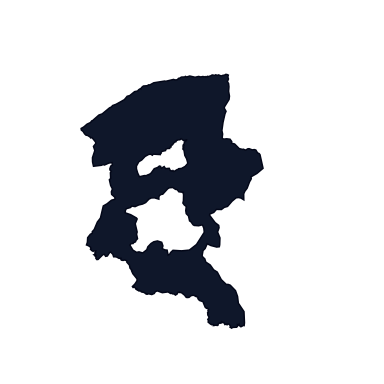 outline of Minahasa, Sulawesi Utara, Indonesia, rotated 220°
{"feature_id": "22746128B63895215577583", "entity_name": "Minahasa", "entity_type": "district", "adm_level": 2, "iso_a3": "IDN", "parent_name": "Indonesia", "parent_adm1": "Sulawesi Utara", "projection": "albers", "projection_center": [124.81, 1.242], "detail": "fine", "context": "isolated", "style": "filled", "palette": "ink", "viewbox_px": 384, "rotation_deg": 220, "n_neighbors": 0, "source": "geoboundaries", "source_scale": "gbopen_adm2", "svg_char_len": 6047}
<svg xmlns="http://www.w3.org/2000/svg" viewBox="0 0 384 384"><g transform="rotate(220 192 192)"><path d="M176.9,81.3L175.9,81.0L175.6,81.7L175.4,81.4L174.9,82.0L173.7,82.1L172.7,81.6L172.3,82.1L172.2,81.6L170.2,81.8L170.3,81.4L170.1,82.1L169.0,82.1L169.0,82.6L167.1,83.2L166.6,82.9L164.2,84.2L162.0,84.4L161.2,85.2L160.9,84.8L162.2,84.1L160.8,84.7L159.7,86.2L156.9,87.6L155.7,90.0L156.0,92.0L155.1,93.9L150.0,95.8L146.2,100.0L143.8,100.5L143.6,99.7L143.7,100.5L142.9,100.7L142.8,101.3L141.1,101.6L140.4,102.3L138.4,102.4L137.8,104.3L138.1,105.2L137.6,105.3L138.1,105.2L138.2,106.2L137.3,107.3L137.0,107.0L135.5,108.1L131.3,108.2L129.0,107.6L128.0,107.9L126.6,109.3L126.4,110.2L127.1,110.4L126.4,110.3L126.3,111.5L125.1,113.3L124.2,114.0L121.8,114.5L122.0,114.9L119.7,115.1L118.9,114.1L116.6,113.7L113.2,115.0L112.1,114.8L112.0,115.3L112.0,114.4L107.8,112.2L106.1,112.2L105.6,112.9L103.8,112.7L103.7,111.6L102.7,110.8L102.5,109.9L102.1,110.1L101.8,108.9L100.6,107.8L98.4,107.1L97.9,104.4L96.9,104.2L96.0,102.7L93.0,102.7L91.6,103.0L90.3,104.1L90.0,103.8L90.0,104.3L89.1,104.1L88.0,105.5L86.9,105.9L86.5,106.9L87.1,107.5L86.8,109.2L85.5,110.1L85.9,110.9L85.2,111.4L85.5,111.8L84.3,111.8L83.8,112.5L81.6,111.6L80.9,112.8L79.8,112.8L79.7,113.8L78.7,114.5L76.3,114.1L76.0,112.9L74.1,113.2L73.8,114.4L70.9,117.1L70.8,118.3L72.0,119.6L70.8,119.8L71.0,121.0L69.3,120.1L67.9,120.2L66.8,122.9L66.2,123.2L67.7,125.5L75.3,133.8L85.0,136.6L90.0,141.3L95.3,144.4L102.8,145.2L105.0,144.4L106.4,143.2L113.3,143.7L121.2,146.9L125.4,146.3L131.1,147.8L136.4,147.2L139.2,149.0L142.2,149.2L143.3,149.7L145.9,154.2L145.6,157.1L147.1,162.1L143.2,163.1L137.7,165.7L135.9,167.6L136.8,169.3L141.1,174.8L146.7,177.8L148.3,182.0L150.1,183.6L154.6,183.4L163.6,185.5L164.2,186.5L162.2,190.3L162.1,194.4L158.2,197.5L157.4,201.0L155.5,203.8L155.4,210.7L154.5,215.8L152.9,217.6L150.7,218.8L147.3,219.3L151.2,223.8L152.0,226.5L152.2,230.3L154.5,236.9L154.9,239.5L155.4,240.6L156.6,241.4L154.2,247.9L152.8,255.8L163.9,264.3L165.3,264.6L166.9,264.1L170.1,265.2L171.6,264.5L172.9,263.0L176.1,261.9L177.0,261.0L177.9,258.5L180.2,257.8L180.7,257.1L183.7,255.6L190.2,256.2L193.1,254.8L194.0,256.2L196.8,256.9L199.7,255.0L201.8,252.8L203.6,252.7L205.8,256.1L208.6,258.3L213.0,265.3L217.0,273.1L217.8,275.7L220.8,276.8L221.8,277.8L223.1,286.7L224.9,289.5L228.7,292.7L231.3,296.3L233.8,298.7L235.8,299.2L236.7,302.0L238.5,303.2L239.3,304.9L240.5,304.6L241.7,303.9L242.5,301.8L243.1,301.6L244.3,299.6L246.9,298.8L247.8,297.4L249.1,297.1L249.4,296.1L251.8,294.6L252.4,292.9L254.2,290.2L254.6,290.4L255.3,288.8L256.0,288.9L256.9,287.7L257.8,287.6L259.2,285.8L261.2,284.8L263.4,281.9L268.3,279.4L270.0,276.7L271.4,276.3L271.4,275.6L274.0,273.2L274.9,270.6L275.4,270.4L275.4,268.8L276.0,267.9L277.1,266.9L278.5,266.4L283.3,259.9L284.2,259.5L291.5,251.1L293.1,247.0L294.3,246.0L294.4,244.9L297.4,241.9L297.8,239.6L297.3,238.0L298.0,237.9L298.6,236.1L298.6,234.4L300.5,232.0L301.7,225.8L303.2,223.7L303.2,219.2L306.6,210.3L308.4,207.2L308.4,205.4L309.3,203.4L311.0,194.1L312.8,191.1L314.1,182.6L314.6,181.9L314.4,180.0L316.0,176.6L316.8,172.0L317.8,169.4L316.6,168.3L314.4,168.4L311.6,167.5L309.7,167.4L308.4,168.2L305.6,168.6L304.3,168.3L303.6,169.4L298.0,168.3L296.9,167.4L296.8,163.6L293.1,161.3L290.3,154.3L287.5,151.1L284.0,148.4L278.6,154.2L277.7,155.9L276.4,156.4L274.3,160.7L272.2,163.1L270.4,161.6L270.9,159.6L269.8,156.9L268.9,156.1L267.2,156.1L266.9,154.3L263.0,150.1L263.2,148.3L258.5,144.7L254.9,143.2L253.9,140.3L252.0,138.5L247.8,138.4L246.6,137.3L246.6,136.6L248.4,134.0L249.5,128.3L251.0,124.3L245.4,113.2L245.2,108.2L242.8,100.4L242.9,97.5L241.8,96.2L242.7,94.4L242.6,90.0L239.8,86.2L238.8,83.6L236.7,84.3L234.2,84.5L233.1,83.7L233.0,82.9L231.2,82.7L229.6,83.0L229.3,84.0L227.8,85.0L227.6,83.9L226.9,83.6L227.2,82.8L226.0,82.4L226.8,80.9L225.6,81.0L225.4,81.7L224.6,81.5L224.8,80.6L223.6,80.4L223.0,79.4L221.4,79.1L220.6,80.0L220.0,86.6L219.1,87.9L216.8,87.2L215.7,88.6L216.2,92.5L215.8,93.7L212.6,93.4L210.4,92.0L208.4,93.6L205.2,94.3L203.8,95.6L203.1,94.6L202.3,94.4L200.8,95.3L199.9,96.6L197.7,97.4L196.7,96.3L193.0,95.8L190.5,93.8L187.6,93.4L187.7,92.8L184.8,91.4L178.2,90.1L177.0,88.5L176.6,84.6L176.9,81.3ZM200.0,109.5L205.4,111.4L205.5,113.2L204.0,114.7L204.5,115.7L203.6,116.5L203.3,117.7L203.8,118.8L203.7,121.2L207.4,124.1L208.3,126.1L215.1,131.2L216.7,136.1L217.9,136.4L224.4,135.2L229.9,133.1L231.2,135.2L231.6,137.0L229.2,140.5L229.0,142.6L226.2,144.2L224.5,147.8L222.1,151.0L220.7,154.1L220.4,158.9L219.4,161.2L217.0,163.4L212.8,165.2L214.2,166.9L214.7,168.4L214.0,170.4L213.0,171.5L212.7,178.8L212.1,180.6L209.6,183.1L206.4,183.4L204.8,184.3L202.2,183.7L198.4,186.2L198.2,185.5L196.8,184.6L192.9,179.7L191.9,177.7L189.5,177.1L187.1,177.2L184.8,173.7L182.5,171.7L179.3,171.4L175.3,168.3L173.6,168.5L170.2,167.6L168.8,167.8L165.2,170.4L163.2,173.2L162.4,173.3L159.7,171.9L156.7,169.0L154.8,154.7L156.7,145.8L162.2,140.2L169.1,135.1L169.5,131.8L169.1,130.1L169.8,128.3L173.7,131.5L175.6,130.2L178.5,129.5L179.6,132.0L182.9,134.0L187.0,132.3L189.3,129.3L190.3,126.2L190.6,121.7L189.5,118.7L190.6,113.6L194.1,112.1L195.7,110.1L200.0,109.5ZM242.1,169.9L245.8,171.6L249.4,174.0L251.2,176.1L252.2,181.0L251.1,184.2L250.8,189.1L249.3,193.0L247.9,194.4L246.0,194.7L246.0,196.1L240.3,200.3L240.9,201.3L240.6,201.9L241.1,202.3L241.1,203.8L238.9,206.7L239.5,208.0L238.8,209.5L237.1,211.0L237.6,212.1L237.0,213.1L237.9,214.0L237.8,215.2L237.3,215.4L237.5,218.7L236.6,220.3L237.1,221.1L236.1,223.1L234.8,224.3L234.6,225.9L231.5,226.0L229.7,228.4L229.3,227.8L229.9,225.3L229.0,224.0L229.0,222.7L228.1,222.4L228.6,221.8L227.7,220.6L227.1,220.9L226.7,220.4L226.7,219.1L224.9,218.8L221.0,215.4L217.5,214.0L214.3,211.8L213.6,211.0L213.7,207.2L215.2,203.3L217.2,201.3L217.0,200.6L217.7,199.9L219.0,196.1L220.4,196.2L220.4,195.4L222.5,194.5L224.7,195.5L227.3,192.9L229.7,193.6L230.7,190.5L231.3,190.5L232.5,191.5L233.7,190.9L234.1,188.7L235.9,185.6L235.5,180.2L236.2,177.3L236.6,177.3L237.6,175.1L239.0,174.0L242.1,169.9Z" fill="#0f172a" stroke="#020617" stroke-width="1.5"/></g></svg>